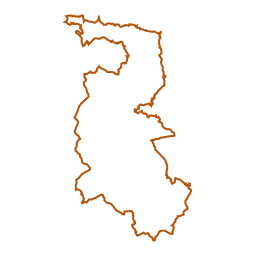 Teopantlán, Puebla, Mexico
{"feature_id": "50627088B18516269825492", "entity_name": "Teopantlán", "entity_type": "district", "adm_level": 2, "iso_a3": "MEX", "parent_name": "Mexico", "parent_adm1": "Puebla", "projection": "robinson", "projection_center": [-98.255, 18.735], "detail": "fine", "context": "isolated", "style": "outline", "palette": "amber", "viewbox_px": 256, "rotation_deg": 0, "n_neighbors": 0, "source": "geoboundaries", "source_scale": "gbopen_adm2", "svg_char_len": 5716}
<svg xmlns="http://www.w3.org/2000/svg" viewBox="0 0 256 256"><path d="M154.0,240.6L155.2,239.8L155.1,237.4L156.6,236.2L158.4,233.6L158.9,232.1L160.3,231.1L161.8,230.7L164.9,230.7L169.5,233.4L171.9,233.9L172.6,233.7L172.4,231.9L174.0,227.4L173.8,226.9L171.9,225.5L173.0,224.8L174.3,222.3L175.5,221.6L175.4,220.4L175.8,218.9L177.3,218.2L177.5,216.7L177.9,216.0L178.9,216.4L183.6,214.5L183.5,212.2L183.9,211.4L186.1,209.5L187.5,209.0L187.3,206.9L186.0,205.1L185.4,203.3L185.4,200.6L187.4,198.2L188.0,196.3L190.3,193.2L191.1,190.6L190.7,189.5L188.5,188.4L188.6,187.1L189.9,185.7L189.8,183.8L189.2,183.6L189.6,185.0L189.1,185.9L187.1,185.9L187.4,184.8L186.7,184.2L186.7,184.6L185.5,184.9L184.5,183.8L184.5,183.1L181.4,181.1L181.3,180.6L180.5,180.0L175.3,178.1L174.8,181.9L172.3,183.8L171.7,183.3L171.7,182.5L170.7,180.8L171.1,179.6L170.8,179.0L168.6,177.4L167.3,178.1L166.9,177.5L167.5,176.0L166.1,175.0L166.9,173.8L166.3,173.2L166.7,170.9L167.2,170.0L167.2,165.5L165.0,159.7L155.2,149.4L155.0,147.0L154.0,146.2L153.6,143.9L152.7,142.7L152.7,141.8L151.3,140.4L152.6,139.9L153.9,140.1L155.8,138.9L157.1,139.1L159.5,138.7L159.7,138.1L160.2,137.9L170.4,136.1L174.4,135.8L174.5,134.4L174.0,132.8L171.9,131.9L171.2,130.4L170.2,129.6L168.6,129.1L166.8,129.2L164.2,128.0L162.5,126.1L161.9,123.0L159.9,121.8L159.2,122.1L158.7,121.4L158.6,121.0L159.4,120.4L160.0,119.2L158.5,116.7L157.7,117.1L158.0,117.5L157.7,117.5L156.1,117.2L156.0,115.4L154.2,116.0L149.8,115.5L149.4,116.5L148.6,116.6L148.3,117.4L147.9,117.4L146.6,114.0L144.6,113.4L144.0,113.9L143.1,113.3L142.1,112.3L141.8,110.8L137.7,113.3L136.0,111.9L136.0,111.3L135.2,111.9L134.6,111.0L134.8,109.6L135.8,110.0L135.9,109.4L136.7,109.6L138.2,108.8L138.2,107.9L138.9,108.2L138.8,106.0L140.3,104.5L143.5,105.3L146.4,104.2L147.6,104.2L148.7,103.4L149.9,103.7L150.2,104.1L150.1,105.1L151.1,105.2L151.4,105.8L151.7,104.9L152.6,103.8L152.0,103.4L152.5,102.4L151.5,101.7L151.2,100.9L152.1,100.4L152.0,98.5L152.9,98.4L153.5,99.0L153.8,98.3L154.5,98.1L154.0,96.5L154.6,96.2L154.5,95.2L155.2,95.0L155.5,93.7L156.6,93.6L158.4,90.4L159.1,90.2L160.5,88.4L161.4,87.9L162.0,86.8L164.4,85.5L164.4,80.3L163.1,77.6L164.2,77.7L165.1,77.1L165.5,76.3L165.0,75.6L163.6,75.4L163.5,71.6L162.7,70.4L162.6,69.3L162.8,67.2L161.6,64.7L160.9,61.5L161.9,59.2L159.2,55.4L161.3,53.5L161.6,52.7L160.8,48.5L160.3,47.9L159.7,47.9L159.4,47.3L160.0,46.3L159.2,44.7L159.1,42.6L159.3,39.5L160.4,37.7L159.8,35.8L159.4,36.0L159.4,34.7L160.8,32.9L160.8,32.1L158.4,33.6L154.1,31.4L152.7,31.8L146.8,31.0L146.1,30.2L145.5,30.5L140.7,28.8L140.1,29.2L139.6,27.8L137.4,27.9L136.5,26.8L136.7,26.0L135.8,26.6L134.6,25.0L132.1,24.5L131.2,24.9L130.6,24.3L129.4,24.3L128.7,25.8L128.1,25.3L126.2,25.4L125.2,25.0L124.4,25.8L121.0,26.8L119.8,26.4L118.8,24.7L116.2,24.3L115.6,24.8L115.5,25.5L113.7,24.9L113.5,23.9L112.3,23.6L110.9,24.2L110.3,23.6L108.5,23.3L106.9,23.8L106.4,24.2L106.5,24.6L104.0,24.8L100.1,21.6L98.9,17.5L97.8,20.8L94.7,22.8L91.8,21.8L88.6,21.5L85.9,20.2L84.4,20.4L83.9,21.2L83.9,19.5L83.5,19.2L82.8,15.4L82.1,15.4L80.1,16.6L79.8,16.2L78.6,16.8L77.0,16.3L75.5,16.6L73.7,15.8L72.4,16.3L71.2,15.5L70.6,15.8L69.9,15.5L66.2,16.2L67.4,17.5L67.7,18.8L66.6,21.0L64.9,22.1L66.5,22.4L68.0,24.0L69.6,24.4L70.0,24.9L71.5,24.2L71.4,22.8L72.6,22.7L73.3,22.8L73.5,23.7L74.5,24.1L77.3,23.8L79.4,24.6L80.1,25.3L80.9,25.2L81.0,25.8L80.4,27.1L80.7,27.6L80.0,27.6L80.5,29.1L82.4,30.2L82.7,33.1L81.8,33.3L81.7,33.6L81.0,33.5L77.8,31.0L76.0,31.3L75.7,32.0L76.4,33.2L78.0,33.9L79.1,35.2L80.1,35.3L80.0,36.1L81.9,38.5L81.6,40.5L81.8,43.3L82.4,44.1L83.0,46.1L84.1,45.7L85.3,43.3L87.0,41.1L88.1,42.2L87.8,42.9L88.6,44.6L93.7,39.1L95.6,38.3L99.8,38.8L102.2,37.4L104.5,37.4L106.9,39.4L110.3,41.1L111.0,42.0L111.5,41.2L112.5,40.7L112.7,41.4L115.6,43.3L117.5,42.6L117.8,43.5L120.7,41.6L122.0,41.9L122.6,42.9L123.0,45.7L124.9,46.2L124.1,48.1L128.7,55.5L128.1,56.8L126.8,56.4L127.3,57.4L127.3,58.8L126.7,61.2L125.6,63.2L125.0,63.6L124.1,62.9L122.9,62.9L121.5,63.6L120.9,67.7L118.1,70.0L118.9,71.4L118.4,74.4L116.8,74.0L116.1,74.3L113.4,72.2L107.3,72.0L105.0,69.9L102.1,68.8L99.7,67.3L99.1,66.2L96.7,69.2L96.6,71.4L95.4,71.9L95.1,72.7L92.9,72.9L91.3,72.7L90.7,71.6L90.2,71.5L89.6,72.5L88.5,72.8L87.3,73.9L84.3,74.1L84.6,75.8L84.3,76.2L84.4,77.3L85.3,78.0L86.0,79.3L85.8,80.9L84.1,81.9L83.9,84.8L86.2,88.3L87.3,92.7L88.2,93.8L88.6,96.1L88.3,97.1L81.3,103.3L79.1,106.4L76.3,114.4L74.5,117.3L75.4,118.7L76.7,119.5L78.1,122.0L77.2,125.3L75.9,127.6L75.4,130.1L74.6,130.9L74.8,132.3L77.2,135.1L78.2,135.5L80.2,138.9L78.0,140.5L76.6,143.5L76.9,145.4L76.2,147.4L75.3,148.6L75.8,151.0L76.9,151.7L77.9,153.2L80.0,154.7L80.0,156.8L81.3,158.1L82.0,160.6L82.1,162.2L83.4,163.4L86.5,164.2L87.5,164.8L89.9,168.0L90.0,169.6L82.1,174.0L78.6,178.2L76.1,180.0L76.6,182.1L76.5,183.9L75.8,185.7L76.0,189.8L77.4,189.3L79.7,190.1L80.9,191.2L81.9,192.9L82.1,193.7L81.2,194.3L83.0,195.6L83.2,197.2L83.9,198.5L83.5,200.5L82.2,202.0L82.1,202.9L83.4,202.8L84.6,202.1L86.5,202.5L89.1,199.4L91.5,199.6L92.6,198.9L94.5,198.4L94.7,198.0L96.1,197.7L100.7,194.8L101.5,194.6L103.2,195.3L103.2,196.9L104.4,197.9L104.6,198.9L104.3,200.2L105.8,201.9L107.6,203.1L109.2,203.2L111.1,203.9L113.8,206.8L115.1,209.1L116.1,209.6L116.3,210.6L121.1,212.8L122.0,213.5L122.2,214.1L123.9,214.5L124.5,213.2L124.5,211.5L131.6,211.0L131.7,211.7L133.1,213.1L133.2,214.7L132.8,215.7L133.4,216.2L133.0,218.1L133.5,219.8L134.7,221.2L134.3,222.2L135.0,222.5L135.1,223.5L134.3,224.2L132.3,224.6L132.1,225.5L133.1,227.8L134.3,228.7L135.4,230.4L135.3,231.9L136.2,231.9L135.8,233.2L136.8,235.1L137.3,235.6L137.8,235.1L139.1,235.2L143.3,232.7L145.5,233.9L147.8,233.1L148.1,233.8L149.0,234.3L149.3,235.7L152.2,237.7L153.0,238.7L152.7,239.7L154.0,240.6Z" fill="none" stroke="#b45309" stroke-width="2"/></svg>